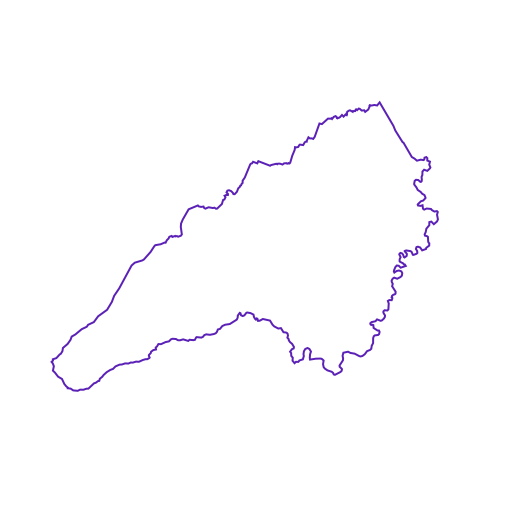 the district of Valencia, Los Rios, Ecuador, rotated 198°
{"feature_id": "8360857B40545077285302", "entity_name": "Valencia", "entity_type": "district", "adm_level": 2, "iso_a3": "ECU", "parent_name": "Ecuador", "parent_adm1": "Los Rios", "projection": "albers", "projection_center": [-79.308, -0.769], "detail": "fine", "context": "isolated", "style": "outline", "palette": "violet", "viewbox_px": 512, "rotation_deg": 198, "n_neighbors": 0, "source": "geoboundaries", "source_scale": "gbopen_adm2", "svg_char_len": 6121}
<svg xmlns="http://www.w3.org/2000/svg" viewBox="0 0 512 512"><g transform="rotate(198 256 256)"><path d="M119.7,399.5L122.6,399.7L123.3,402.0L124.6,402.7L126.1,401.6L125.8,399.7L126.3,399.0L129.1,398.5L132.4,396.4L135.3,397.6L138.4,398.3L150.8,409.4L151.7,409.5L162.3,418.4L165.6,422.3L185.9,440.3L187.3,436.6L190.1,436.2L192.6,434.8L194.4,434.6L194.5,433.8L194.1,433.5L194.5,430.0L196.7,426.8L198.1,428.0L200.4,427.0L202.7,428.0L203.8,428.0L204.9,426.0L206.0,426.5L206.4,426.2L206.5,424.5L208.6,423.8L208.6,423.0L211.5,423.6L212.3,423.2L213.8,421.4L213.6,420.0L214.0,419.5L213.2,418.9L213.2,417.9L214.8,417.8L215.8,415.6L217.8,416.7L219.1,413.9L220.0,412.9L221.0,412.7L221.1,412.1L221.6,412.1L222.6,413.3L223.6,413.6L225.1,412.3L226.0,409.8L226.9,410.3L227.3,409.7L230.0,408.9L234.1,401.8L236.6,401.6L237.0,387.4L237.8,385.0L239.2,385.1L241.1,384.5L242.8,385.1L243.3,381.2L243.1,380.4L244.2,380.0L244.8,379.1L245.4,376.1L248.7,375.5L249.2,374.6L249.5,372.8L251.3,371.7L252.5,371.6L252.0,368.9L252.5,362.5L252.3,355.3L252.7,354.4L253.2,354.1L253.8,354.4L254.9,353.4L255.7,353.7L257.9,352.8L259.0,351.2L261.7,351.2L263.7,350.6L264.2,349.8L265.2,350.0L269.7,347.2L270.5,346.2L283.1,346.9L283.4,344.5L287.9,344.7L288.4,342.9L289.4,342.2L289.8,341.4L290.9,327.1L292.0,323.5L291.3,321.4L292.0,320.0L292.0,318.6L292.7,318.0L292.8,316.6L293.8,314.9L294.0,311.2L295.4,308.2L296.6,307.9L297.5,308.9L299.6,310.0L302.0,310.2L303.4,309.3L303.7,307.4L301.8,306.3L301.6,305.3L303.1,304.9L304.5,303.6L303.2,302.5L303.5,300.0L304.6,299.1L304.5,294.9L307.6,289.1L308.6,288.6L310.5,289.1L311.8,288.3L316.1,287.7L318.8,285.4L320.2,285.7L321.2,286.8L323.4,285.7L325.8,285.5L326.9,286.1L334.5,279.6L336.9,268.2L337.3,263.7L336.5,260.4L333.2,253.6L333.7,252.1L336.0,250.3L337.4,250.5L338.6,249.8L339.1,250.1L341.4,248.3L342.4,249.0L343.9,247.9L344.5,247.1L344.5,245.8L345.7,243.4L346.1,240.7L347.0,240.6L350.3,237.7L355.1,235.2L355.8,233.7L357.5,227.3L361.5,218.1L362.7,216.7L369.2,212.2L371.4,208.5L376.1,182.9L378.6,174.3L378.9,167.8L381.0,158.8L387.5,149.9L389.8,143.0L394.4,138.7L395.1,136.4L399.1,132.6L403.6,125.5L406.4,122.4L406.5,119.0L408.0,114.1L411.2,108.9L410.7,105.7L411.4,102.7L412.3,101.7L414.3,97.2L417.3,95.0L416.8,93.8L417.7,92.1L416.1,91.1L414.2,88.7L413.7,84.2L411.2,83.0L407.0,80.1L402.5,79.1L398.8,75.1L396.2,73.4L393.8,72.5L393.9,72.1L391.3,72.6L388.3,71.7L383.9,72.7L382.0,74.5L378.8,75.5L376.2,77.4L374.4,78.1L370.6,85.0L369.3,85.8L367.6,88.2L366.5,88.8L366.6,91.0L364.9,93.6L364.2,95.7L362.1,99.4L359.3,102.7L357.1,104.4L355.5,107.6L352.2,110.5L350.0,111.4L347.3,113.4L344.1,114.3L342.2,116.0L340.3,116.5L337.4,118.5L334.7,119.2L331.5,122.1L329.2,123.7L327.6,124.2L325.9,126.0L325.8,126.6L327.1,128.0L327.2,128.9L326.1,131.1L326.2,132.5L324.6,134.8L322.2,136.2L323.1,137.9L322.2,139.4L321.6,142.1L319.1,142.8L315.4,146.2L312.4,147.9L311.1,150.5L309.8,151.5L306.4,152.3L304.4,151.8L303.4,152.0L302.2,152.4L299.5,154.2L294.2,154.3L293.3,155.8L289.6,156.6L288.2,157.4L287.8,159.9L287.4,160.5L282.8,161.5L281.5,162.7L280.7,164.8L279.1,166.1L275.5,166.8L271.9,168.8L270.4,170.1L269.7,171.8L269.6,174.3L267.7,175.6L266.4,179.0L264.1,181.1L259.9,183.2L254.6,189.6L254.4,191.7L254.9,193.7L253.9,196.9L253.1,196.8L251.9,195.0L250.0,194.8L248.7,196.0L247.7,198.8L247.0,199.5L243.6,200.0L240.3,199.5L239.1,197.4L237.6,196.0L236.5,195.5L236.2,196.8L235.3,196.8L234.0,194.9L232.5,195.6L230.0,198.2L222.7,198.9L219.1,195.8L217.0,194.7L212.4,193.9L210.0,195.1L206.3,192.0L203.8,192.5L202.7,192.3L202.0,191.9L201.0,190.2L200.9,188.0L199.3,187.1L198.7,185.9L197.0,184.6L194.5,183.6L191.8,181.2L191.6,179.7L193.0,178.5L194.0,175.5L192.6,174.6L191.6,171.9L189.6,170.6L188.9,167.7L186.2,166.0L185.3,167.7L183.0,168.4L182.4,170.1L179.5,172.2L179.6,175.6L180.5,177.4L181.0,180.2L180.4,182.8L178.6,184.4L176.5,184.1L174.2,182.1L174.2,179.1L173.4,175.8L172.6,174.2L167.2,176.9L162.6,178.5L161.1,178.3L159.4,177.5L158.8,173.8L157.3,171.2L155.7,170.2L152.7,169.3L148.2,169.3L146.5,168.6L145.5,167.4L144.2,167.4L139.9,171.7L139.1,173.1L139.2,174.6L139.5,175.2L142.2,176.5L142.7,177.7L141.1,183.6L141.5,185.5L142.8,187.8L143.0,191.0L138.9,193.4L136.2,193.0L132.0,193.6L126.8,192.7L125.5,192.8L123.9,193.8L122.2,196.2L121.0,199.8L118.5,201.9L117.7,203.4L118.2,206.4L117.7,209.3L119.2,214.1L119.2,216.0L118.6,217.1L115.4,218.7L114.8,219.8L115.0,222.0L116.0,223.1L117.4,222.7L121.9,223.9L123.1,226.6L123.8,226.7L125.1,226.0L126.0,226.4L126.5,227.3L125.7,228.8L122.2,230.9L121.3,233.1L117.4,232.9L116.3,233.7L115.0,236.1L114.6,237.8L114.9,239.3L117.3,241.4L117.7,242.7L117.0,244.1L114.2,244.8L113.6,246.1L115.1,251.9L116.7,254.0L115.6,255.3L113.3,255.9L113.2,257.6L113.6,258.6L114.2,258.6L114.3,260.2L113.5,261.5L112.0,262.6L111.7,263.4L112.2,265.2L117.2,269.3L117.3,271.7L119.0,273.5L119.4,274.6L119.0,276.7L117.9,278.1L114.7,278.0L112.1,280.6L111.2,282.4L111.6,284.9L113.0,286.3L115.5,286.4L117.6,285.2L119.3,283.0L120.1,283.8L120.3,285.1L120.0,288.7L119.1,290.5L117.2,290.8L114.8,289.6L110.5,292.8L111.8,293.9L113.0,293.8L113.9,294.5L117.3,295.0L117.9,295.5L118.4,297.5L118.1,299.6L120.2,301.7L120.2,302.6L119.5,303.6L117.9,303.6L116.6,302.8L115.0,300.7L114.3,300.5L112.8,302.5L112.9,303.8L113.3,304.8L115.5,306.1L116.1,306.6L115.9,306.9L114.9,307.7L110.5,308.4L109.2,307.9L107.2,305.6L106.6,305.7L104.0,307.7L103.5,308.8L104.3,310.6L106.1,312.1L106.1,314.1L104.8,314.9L102.5,314.8L99.7,312.7L96.5,315.2L96.6,316.4L94.5,319.4L95.1,321.6L96.2,322.2L96.8,323.2L98.4,327.3L99.4,327.7L101.6,327.6L102.3,328.7L102.0,331.1L102.4,334.7L100.7,338.8L101.6,341.8L99.9,342.9L96.7,341.2L94.5,344.8L94.3,347.1L96.6,351.2L96.7,354.0L97.8,354.6L100.1,353.4L102.9,354.0L104.1,354.8L108.3,353.9L110.4,352.1L111.8,352.6L113.3,355.7L115.0,354.5L117.5,354.1L118.1,354.8L117.9,355.6L116.0,359.1L114.2,360.3L112.7,363.4L112.9,364.0L114.6,366.0L117.3,366.6L119.1,367.8L122.6,368.8L124.6,370.8L127.6,372.9L127.9,373.6L128.3,376.5L127.4,377.9L125.2,378.4L122.6,377.3L122.1,377.4L121.6,378.2L121.8,379.7L123.0,382.4L122.8,384.4L123.8,387.8L122.8,390.0L119.4,389.9L117.7,393.0L117.5,394.1L119.5,396.4L119.7,399.5Z" fill="none" stroke="#5b21b6" stroke-width="2"/></g></svg>